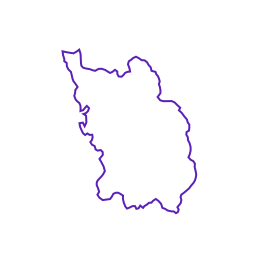 outline of Itumirim, Minas Gerais, Brazil, rotated 334°
{"feature_id": "56859067B44194563776168", "entity_name": "Itumirim", "entity_type": "district", "adm_level": 2, "iso_a3": "BRA", "parent_name": "Brazil", "parent_adm1": "Minas Gerais", "projection": "natural_earth1", "projection_center": [-44.831, -21.28], "detail": "fine", "context": "isolated", "style": "outline", "palette": "violet", "viewbox_px": 256, "rotation_deg": 334, "n_neighbors": 0, "source": "geoboundaries", "source_scale": "gbopen_adm2", "svg_char_len": 2432}
<svg xmlns="http://www.w3.org/2000/svg" viewBox="0 0 256 256"><g transform="rotate(334 128 128)"><path d="M102.8,30.4L101.6,34.0L101.0,38.0L100.0,40.1L101.4,42.6L100.1,45.8L100.1,49.1L101.3,52.6L100.6,55.8L99.8,59.0L99.5,62.1L100.1,64.8L100.7,69.0L97.4,70.7L95.8,73.3L93.8,75.6L93.4,79.5L94.1,81.9L95.2,84.1L95.1,86.9L93.9,89.8L92.7,91.9L95.6,92.3L97.8,91.2L100.7,90.1L101.7,93.1L99.4,95.3L96.7,96.2L94.2,95.9L95.7,98.5L94.6,101.2L93.0,104.8L89.8,107.4L89.8,103.4L86.5,102.4L85.5,105.8L85.3,109.4L85.3,113.0L86.4,115.5L89.1,115.1L90.4,117.3L92.9,118.4L92.1,120.9L90.2,123.1L88.0,124.1L88.3,127.2L90.1,129.6L89.5,133.1L90.9,135.1L93.8,135.8L94.7,138.5L93.6,141.1L88.8,143.3L89.1,147.5L89.2,152.1L88.3,156.6L85.2,158.8L82.9,159.9L80.2,160.9L77.5,162.0L75.8,163.6L74.8,165.8L74.7,168.6L74.1,172.7L71.3,174.5L71.7,178.0L73.7,181.7L77.7,183.0L80.7,184.0L83.4,182.6L86.1,180.7L88.8,180.9L90.8,181.9L92.2,183.8L93.9,186.6L92.5,189.1L91.5,193.1L91.2,197.5L91.8,200.0L94.5,200.2L97.9,200.2L100.1,201.3L100.1,204.3L102.3,204.8L105.0,203.1L106.5,206.4L108.7,205.3L111.1,205.2L114.2,204.4L116.3,205.4L118.6,204.4L121.9,204.0L123.5,207.1L124.5,210.7L123.9,214.9L125.9,216.9L127.4,219.5L130.3,221.8L132.6,223.1L133.8,225.6L136.0,225.4L137.8,223.5L137.7,220.8L139.9,219.8L142.4,218.6L144.4,216.1L145.0,213.0L146.8,211.2L149.2,210.9L152.8,210.0L156.6,209.0L159.4,207.5L162.7,206.1L165.3,204.4L167.4,202.0L169.0,199.6L170.0,196.0L170.8,192.3L172.5,189.4L172.2,186.5L170.4,184.0L169.5,180.8L172.0,178.7L174.4,175.7L175.9,172.6L176.7,168.7L176.6,165.1L177.7,162.6L177.5,159.5L178.9,157.3L181.6,157.1L183.3,154.5L184.6,151.8L184.1,149.2L184.7,146.2L183.7,142.3L182.9,137.8L181.5,134.5L183.8,132.7L182.4,129.2L181.1,125.4L179.0,122.9L176.0,121.5L173.4,120.3L171.1,119.1L169.1,117.2L168.2,113.1L170.2,112.1L172.4,110.9L173.7,108.3L174.6,105.2L175.0,102.1L176.9,100.1L177.5,97.1L177.6,94.6L177.0,92.2L177.3,89.6L174.2,86.9L175.0,83.4L174.1,80.3L173.9,77.1L172.5,74.4L170.0,73.0L168.3,69.9L166.4,67.4L163.1,67.4L160.5,68.1L158.0,68.4L155.9,70.7L155.5,75.0L154.6,78.2L152.1,77.3L149.5,77.2L147.1,78.4L144.8,79.1L142.2,77.6L142.1,74.7L143.1,72.6L141.8,70.0L138.7,70.7L136.1,70.7L134.7,68.7L133.0,65.9L130.3,63.2L127.5,62.0L123.5,62.2L121.5,60.5L119.3,58.2L116.4,56.2L114.1,54.1L113.4,51.6L114.1,49.3L115.3,46.5L116.7,43.3L117.9,40.4L118.5,36.2L115.3,36.8L111.8,37.0L109.3,35.3L106.6,33.4L102.8,30.4Z" fill="none" stroke="#5b21b6" stroke-width="2"/></g></svg>